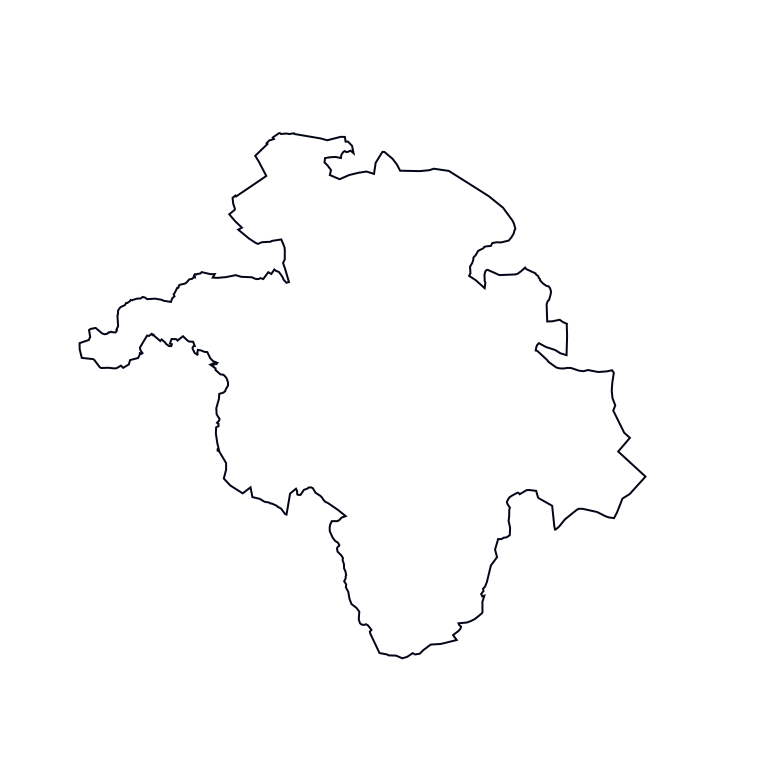 Beclean, Bistrita-Nasaud, Romania, rotated 39°
{"feature_id": "2599482B65720135883018", "entity_name": "Beclean", "entity_type": "district", "adm_level": 2, "iso_a3": "ROU", "parent_name": "Romania", "parent_adm1": "Bistrita-Nasaud", "projection": "robinson", "projection_center": [24.16, 47.164], "detail": "fine", "context": "isolated", "style": "outline", "palette": "ink", "viewbox_px": 768, "rotation_deg": 39, "n_neighbors": 0, "source": "geoboundaries", "source_scale": "gbopen_adm2", "svg_char_len": 6165}
<svg xmlns="http://www.w3.org/2000/svg" viewBox="0 0 768 768"><g transform="rotate(39 384 384)"><path d="M549.8,595.9L556.5,592.3L558.2,592.1L564.3,587.5L570.9,585.6L573.7,581.5L575.7,575.1L578.4,574.6L581.5,571.1L582.0,566.1L584.3,557.1L591.8,550.2L601.6,537.2L595.7,535.7L597.3,529.0L597.4,526.3L597.0,524.8L596.4,524.1L594.0,523.9L592.5,523.1L598.6,517.1L600.7,513.5L602.5,509.5L604.4,500.7L604.1,499.3L597.6,491.4L595.2,485.4L594.1,487.2L591.7,486.1L591.6,482.2L589.9,481.0L590.0,477.8L588.5,473.0L581.3,457.8L580.8,447.4L574.5,442.8L570.3,432.7L573.0,430.5L573.7,428.2L575.8,426.0L576.9,422.3L572.4,416.3L566.9,411.9L564.9,408.6L560.5,402.9L559.6,400.8L555.5,399.6L553.8,398.4L553.1,396.0L552.8,393.2L553.6,390.5L556.2,384.3L557.3,384.0L558.8,384.3L561.7,376.6L563.7,374.9L569.5,371.3L575.2,375.3L576.0,375.4L591.3,372.8L606.1,387.6L608.5,389.5L609.0,389.0L609.8,384.8L609.8,375.3L613.0,360.5L613.8,358.5L616.9,356.0L630.1,349.4L639.7,347.3L642.6,346.2L647.2,343.5L645.9,337.1L641.4,322.9L644.2,315.0L645.5,291.4L608.5,289.1L609.0,271.1L601.3,270.7L578.9,260.4L577.2,255.1L570.6,251.3L565.2,245.9L560.4,239.0L555.6,230.7L552.6,229.8L549.1,234.1L542.9,239.9L533.7,244.8L531.0,248.5L527.2,250.9L519.2,253.9L516.6,255.9L513.3,259.4L510.8,261.2L507.7,262.7L498.2,263.3L495.6,262.7L482.5,261.8L480.8,262.5L479.1,259.4L478.5,257.3L478.7,254.8L486.6,253.3L495.5,249.9L501.8,249.1L507.7,246.7L496.2,231.6L488.6,222.8L488.3,222.1L484.0,223.3L480.1,223.5L475.3,229.4L471.5,232.7L460.2,219.7L459.1,216.7L459.3,214.6L457.1,209.5L455.7,207.1L453.0,205.2L450.8,204.5L448.0,205.6L444.1,205.8L440.0,205.2L439.0,204.3L437.4,204.1L436.1,203.1L433.1,203.2L432.2,202.7L422.1,205.2L420.4,204.7L419.6,209.9L418.5,214.2L417.0,216.3L405.2,226.7L392.9,230.0L392.0,230.8L391.9,232.7L393.2,235.7L397.5,240.7L398.9,241.3L401.9,246.2L390.0,245.6L382.1,246.4L381.5,243.6L377.0,238.6L376.4,234.4L375.3,231.5L373.9,229.3L374.2,226.4L373.4,221.3L375.8,216.0L375.6,214.4L377.1,212.4L380.1,209.5L379.5,206.3L382.3,203.0L385.8,200.4L390.7,194.0L390.7,189.7L390.1,185.4L388.8,182.7L388.4,180.7L384.4,177.8L381.2,176.2L365.6,172.1L347.2,172.1L300.3,177.6L287.3,185.3L284.6,189.4L277.9,196.0L262.3,208.1L255.9,205.3L248.8,203.6L238.3,203.4L236.7,204.6L238.3,217.3L244.0,227.0L236.7,229.9L231.4,235.7L225.5,243.4L220.6,252.8L210.4,255.7L208.2,251.1L202.6,249.7L198.3,249.2L196.0,245.6L199.4,241.7L203.5,238.0L208.3,235.5L206.7,232.9L206.3,229.6L206.9,227.7L208.9,227.4L210.1,225.9L211.1,223.7L215.1,223.8L209.3,219.0L203.5,218.3L201.6,219.8L198.1,216.6L194.7,219.3L186.5,230.3L180.3,233.0L157.0,246.1L156.5,245.8L155.2,246.8L153.4,249.1L150.5,250.8L146.5,254.6L145.3,254.5L144.6,255.1L142.4,262.4L144.3,262.9L141.6,266.9L141.2,270.7L142.4,270.8L140.3,287.7L146.6,289.9L161.6,296.4L151.0,331.4L149.9,331.1L149.2,334.7L153.4,338.8L157.8,341.6L158.4,342.5L156.9,349.5L166.0,351.2L175.2,351.9L173.6,355.8L187.7,355.9L195.5,355.1L197.8,354.5L200.0,350.5L206.3,344.9L206.7,343.5L213.2,336.3L220.4,340.2L222.6,342.3L228.5,349.7L229.4,353.5L234.6,356.7L246.0,364.6L244.5,366.7L240.6,366.2L237.2,364.5L231.9,363.1L228.4,364.1L226.7,364.0L227.2,369.4L223.7,370.0L224.1,378.4L221.3,379.5L220.6,381.1L219.4,382.3L217.4,383.4L214.3,384.1L205.5,390.6L200.3,392.7L193.8,400.5L187.7,406.4L183.9,409.1L183.3,405.1L179.9,407.9L171.9,411.8L171.8,413.7L169.5,416.1L169.4,417.0L167.9,417.7L168.2,419.5L169.3,419.5L170.0,420.2L168.9,421.1L168.7,423.0L166.8,425.2L166.7,429.3L166.2,431.1L162.7,435.7L162.7,436.9L163.5,437.8L163.6,438.8L162.8,439.4L164.0,444.7L164.1,446.7L166.0,447.7L165.5,450.8L166.8,454.3L160.1,458.1L158.6,458.3L152.4,461.7L146.6,467.1L144.0,467.2L141.7,468.2L141.0,470.8L138.3,473.1L135.9,476.7L135.7,477.4L134.3,478.0L134.4,479.8L133.5,482.6L132.6,483.4L133.0,485.7L131.0,489.8L130.8,491.9L131.2,494.4L133.4,497.3L133.7,498.5L141.0,506.4L141.8,510.1L142.6,510.2L142.9,511.2L142.9,512.9L140.0,514.9L139.0,515.1L138.2,516.8L137.6,517.0L137.1,519.5L135.5,521.2L133.0,522.1L124.6,521.9L121.3,525.9L120.8,527.7L126.0,532.3L126.9,535.6L121.7,543.8L125.6,548.5L132.7,553.9L142.3,547.7L143.6,547.6L152.4,549.8L154.1,549.6L159.6,544.8L164.2,541.9L166.2,540.1L168.0,535.3L171.1,535.6L173.4,529.4L171.6,525.2L176.5,518.6L175.8,515.1L174.9,513.7L176.6,513.2L176.9,512.0L173.2,510.9L171.4,509.3L169.4,495.5L171.1,494.6L171.9,491.2L173.1,491.7L173.4,491.7L173.6,490.8L174.3,490.7L175.0,491.2L183.1,491.4L183.1,489.3L188.0,489.5L189.6,490.0L193.1,489.8L194.8,488.4L194.1,486.6L192.2,487.3L190.6,482.7L194.5,479.8L196.2,480.2L197.7,473.4L204.4,473.9L205.9,473.6L209.1,471.3L213.0,473.6L212.2,474.2L212.2,475.1L212.4,476.3L213.3,477.2L217.3,479.0L220.5,478.7L220.5,478.2L219.4,477.3L217.9,474.6L220.8,473.0L224.0,472.1L226.6,470.4L232.7,473.3L236.7,473.8L240.7,472.6L240.3,473.4L241.2,473.3L241.3,473.8L240.0,474.1L239.1,474.9L239.8,474.9L240.1,475.6L239.3,476.3L238.0,476.6L236.9,478.2L243.3,477.9L244.1,479.1L250.7,479.5L253.4,477.9L254.4,477.9L257.6,478.4L261.4,480.6L263.7,483.2L264.4,487.8L265.1,489.5L264.6,491.8L262.2,495.3L265.1,499.5L268.9,508.3L273.0,512.9L278.2,514.7L278.9,516.1L278.6,519.2L280.5,519.1L281.9,520.9L280.8,523.3L284.5,528.3L291.6,534.8L297.0,539.0L295.9,539.5L296.6,540.5L298.0,540.0L311.0,544.8L315.2,549.9L319.0,558.3L328.4,559.6L343.0,557.9L345.3,548.3L352.9,554.7L359.6,551.5L365.3,550.7L369.3,548.4L370.8,548.4L372.0,547.5L377.6,546.1L378.6,546.4L382.3,545.6L389.1,547.3L390.4,546.8L380.0,528.3L381.5,520.8L383.7,521.8L386.1,524.4L387.4,524.0L388.9,522.7L388.4,516.6L390.3,513.5L390.6,511.8L392.6,510.1L394.3,509.8L399.2,511.6L404.9,511.0L407.1,511.2L410.0,512.2L412.6,512.5L415.3,511.8L427.9,510.8L437.4,510.8L435.1,514.5L434.9,517.9L434.1,519.9L429.7,523.5L430.8,527.5L432.3,530.0L434.6,532.6L440.8,535.7L444.7,536.7L447.8,536.3L450.4,537.1L451.0,537.9L450.6,539.7L451.0,541.5L453.4,543.5L458.9,544.1L461.7,545.1L462.5,546.8L466.2,549.2L469.1,552.5L471.7,553.7L474.9,556.4L475.3,557.7L476.5,559.1L477.2,562.4L480.7,563.5L482.3,566.0L487.0,568.0L492.4,572.7L497.3,575.5L503.4,575.3L508.1,576.5L512.5,582.8L515.8,585.0L517.6,585.1L518.9,584.6L520.4,583.4L521.2,582.0L523.7,581.7L529.0,583.0L528.8,585.3L530.6,586.7L549.8,595.9Z" fill="none" stroke="#020617" stroke-width="2"/></g></svg>